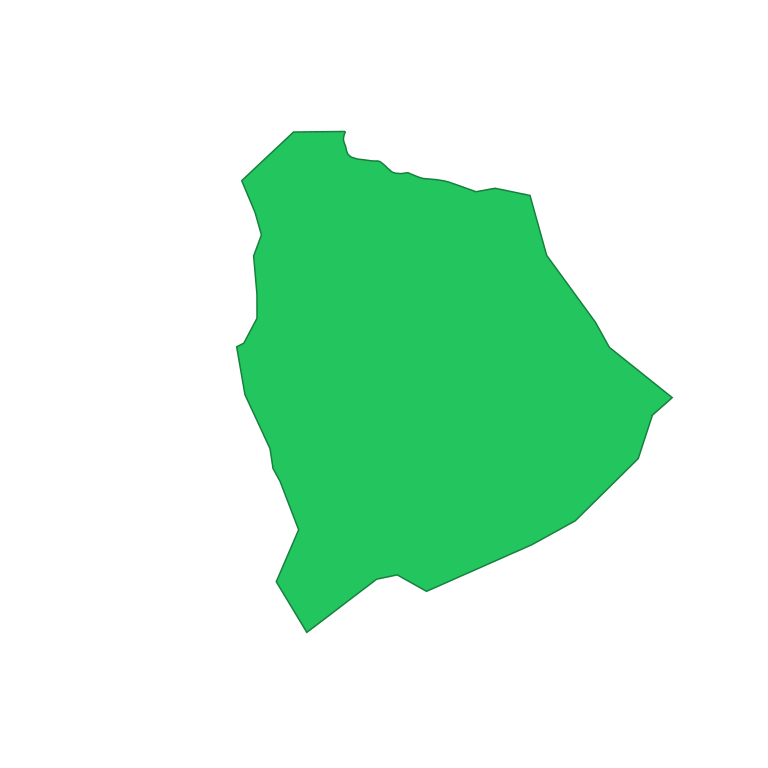 Urgamal, Dzavhan, Mongolia, rotated 41°
{"feature_id": "93677404B48055629710437", "entity_name": "Urgamal", "entity_type": "district", "adm_level": 2, "iso_a3": "MNG", "parent_name": "Mongolia", "parent_adm1": "Dzavhan", "projection": "orthographic", "projection_center": [94.093, 48.464], "detail": "fine", "context": "isolated", "style": "filled", "palette": "green", "viewbox_px": 768, "rotation_deg": 41, "n_neighbors": 0, "source": "geoboundaries", "source_scale": "gbopen_adm2", "svg_char_len": 1658}
<svg xmlns="http://www.w3.org/2000/svg" viewBox="0 0 768 768"><g transform="rotate(41 384 384)"><path d="M339.4,163.4L327.3,178.5L300.6,189.0L296.0,191.3L289.6,195.3L278.4,203.4L275.3,204.8L270.6,206.5L266.1,208.0L264.7,208.4L264.1,208.6L263.5,208.8L263.1,209.2L262.8,209.5L262.3,210.0L261.9,210.5L261.5,210.9L260.0,212.8L258.0,214.7L255.9,216.2L254.9,217.0L254.2,217.4L253.4,217.7L252.5,218.2L251.8,218.5L251.0,218.7L250.4,218.7L249.5,218.8L249.1,218.8L248.5,218.7L247.7,218.7L245.2,218.8L243.7,218.6L240.6,218.5L237.1,218.6L234.9,218.8L234.3,219.1L233.5,219.6L232.7,219.9L231.5,221.1L228.7,223.4L224.0,226.5L220.3,228.9L217.4,231.0L216.8,231.4L214.4,232.5L211.2,233.9L209.9,234.3L208.7,234.3L207.7,234.3L206.7,234.3L205.7,234.1L205.2,233.9L202.8,232.6L200.8,231.1L198.9,229.7L196.0,228.2L193.3,226.4L191.8,224.5L190.3,221.7L190.0,220.9L189.7,219.6L189.2,219.2L188.4,219.4L150.4,253.2L143.2,323.9L174.3,339.2L193.5,351.8L193.8,352.2L201.6,372.9L229.4,399.8L245.0,417.7L251.4,445.1L248.4,452.6L286.1,483.3L326.0,501.1L326.3,501.3L340.4,507.6L355.7,520.6L369.5,525.7L402.2,543.1L415.2,550.0L420.4,566.3L420.5,566.6L432.4,603.9L488.7,622.1L495.4,590.1L495.5,589.5L499.2,571.4L506.5,536.2L512.2,528.6L512.5,528.3L519.2,519.4L552.1,512.6L589.7,432.4L589.9,431.9L596.9,417.2L597.1,416.7L597.7,415.4L597.8,415.1L597.9,414.9L598.2,414.4L599.0,412.6L601.0,408.3L602.6,404.0L604.7,398.4L606.0,394.8L608.6,387.7L613.0,375.7L615.2,369.6L618.1,361.9L619.2,347.3L620.0,336.9L624.8,273.4L624.2,272.0L624.0,271.6L607.4,232.3L606.9,232.2L610.5,205.2L530.1,208.5L503.1,198.7L422.4,180.2L370.5,145.9L339.4,163.4Z" fill="#22c55e" stroke="#15803d" stroke-width="1.5"/></g></svg>